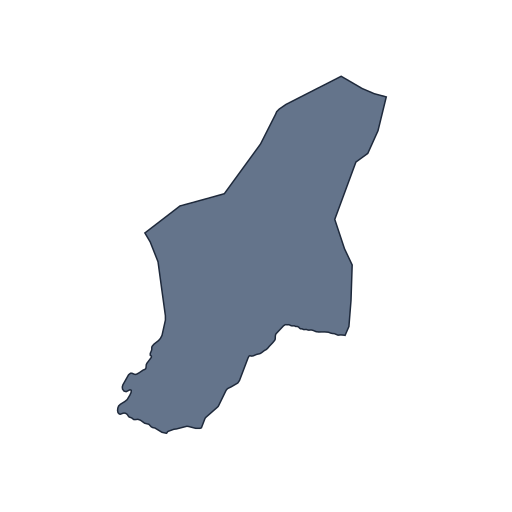 Southern Darfur, Robinson projection, rotated 21°
{"feature_id": "SDN-5856", "entity_name": "Southern Darfur", "entity_type": "State", "adm_level": 1, "iso_a3": "SDN", "parent_name": "Sudan", "parent_adm1": "", "projection": "robinson", "projection_center": [24.503, 10.891], "detail": "fine", "context": "isolated", "style": "filled", "palette": "slate", "viewbox_px": 512, "rotation_deg": 21, "n_neighbors": 0, "source": "natural_earth", "source_scale": "10m", "svg_char_len": 2565}
<svg xmlns="http://www.w3.org/2000/svg" viewBox="0 0 512 512"><g transform="rotate(21 256 256)"><path d="M193.0,386.7L192.4,385.5L192.2,384.7L192.3,381.9L192.2,380.7L191.4,378.5L191.4,377.5L192.3,374.9L195.3,369.9L196.3,367.2L196.7,363.8L194.4,348.3L192.8,344.2L179.7,320.4L166.6,296.5L152.2,280.8L144.0,274.3L167.1,236.5L187.4,221.6L204.1,209.2L220.1,149.8L223.5,116.6L223.6,113.8L225.1,110.4L229.7,103.7L271.1,57.7L295.1,61.6L308.2,62.1L320.6,60.8L325.0,95.3L323.6,120.1L315.6,132.5L316.4,193.6L336.0,217.5L349.0,229.9L360.7,263.7L368.0,288.5L367.6,298.2L366.8,298.3L363.3,299.3L361.6,300.2L360.9,300.5L360.3,300.5L357.1,300.4L356.6,300.5L355.4,300.9L353.6,301.2L351.0,301.2L350.6,301.3L347.2,302.3L341.4,304.6L341.1,304.6L340.1,304.9L339.2,305.1L336.1,305.0L335.1,305.1L334.2,305.2L333.0,305.7L332.3,306.1L331.5,306.4L330.6,306.5L330.0,306.5L329.1,306.6L328.7,306.8L327.2,307.5L326.8,307.6L326.4,307.6L325.5,307.5L325.1,307.5L324.3,307.8L323.9,308.0L323.4,307.9L322.9,307.9L322.5,307.7L321.7,307.3L321.3,307.1L320.3,307.0L319.8,307.0L319.2,307.2L318.5,307.5L318.0,307.6L317.1,307.4L316.6,307.5L314.7,308.3L313.8,308.5L311.8,308.3L310.9,308.5L309.8,309.0L308.5,309.4L308.0,309.6L307.5,310.2L306.7,311.3L302.8,320.9L302.5,321.8L302.5,322.6L302.7,323.6L302.8,324.0L303.4,325.7L303.7,326.6L303.7,327.1L303.7,327.7L303.6,328.2L302.7,330.9L300.7,335.7L300.2,337.3L299.5,338.9L298.9,339.9L297.8,341.1L295.7,344.5L294.6,345.8L291.9,347.6L289.2,350.2L288.5,350.6L287.8,351.0L287.0,351.2L286.2,351.2L285.9,351.3L285.6,351.7L285.3,352.2L285.1,354.1L285.2,378.0L285.0,379.0L284.5,381.1L279.6,387.2L277.3,389.6L276.7,390.6L276.2,392.2L274.7,409.4L274.6,409.9L274.3,410.7L267.1,424.4L266.6,425.8L266.6,426.3L266.6,435.9L266.1,436.5L265.3,437.0L261.5,438.5L254.3,439.3L252.5,439.7L243.8,445.9L241.4,447.2L236.9,451.1L236.4,451.8L236.2,453.1L235.9,453.6L231.4,454.3L223.2,452.8L221.0,453.2L219.4,453.0L216.3,451.5L211.9,452.0L206.9,450.7L204.2,450.8L201.7,452.1L200.4,452.5L197.9,451.7L195.3,451.8L194.3,451.3L193.1,450.4L191.9,449.8L190.5,449.6L189.1,449.9L188.0,450.6L186.1,452.3L185.0,452.5L183.3,451.7L182.1,449.8L181.5,447.4L181.5,445.2L182.6,442.9L185.8,438.7L187.2,436.2L188.1,431.1L188.3,428.0L187.7,426.1L186.3,426.0L183.4,429.2L181.2,429.4L179.1,428.1L178.1,426.2L177.9,424.0L179.6,412.6L180.0,411.9L180.9,410.4L182.1,409.9L184.7,410.0L185.9,409.8L186.9,409.1L188.6,407.1L191.6,402.8L192.7,401.9L193.4,400.8L193.3,399.5L192.5,396.8L192.6,395.2L194.6,388.2L194.5,387.6L194.1,386.9L193.6,386.7L193.0,386.7Z" fill="#64748b" stroke="#1e293b" stroke-width="1.5"/></g></svg>